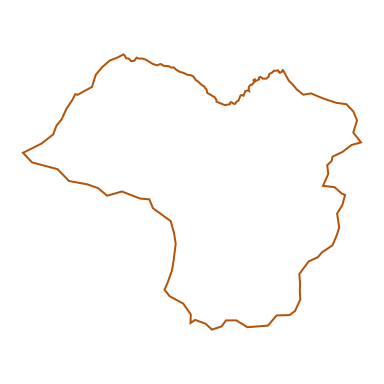 the district of Salamiou, Paphos, Cyprus
{"feature_id": "46923920B63120979546184", "entity_name": "Salamiou", "entity_type": "district", "adm_level": 2, "iso_a3": "CYP", "parent_name": "Cyprus", "parent_adm1": "Paphos", "projection": "albers", "projection_center": [32.682, 34.831], "detail": "fine", "context": "isolated", "style": "outline", "palette": "amber", "viewbox_px": 384, "rotation_deg": 0, "n_neighbors": 0, "source": "geoboundaries", "source_scale": "gbopen_adm2", "svg_char_len": 2018}
<svg xmlns="http://www.w3.org/2000/svg" viewBox="0 0 384 384"><path d="M123.5,54.4L117.3,57.6L109.6,60.6L101.9,67.4L95.7,74.9L92.0,86.9L77.6,94.8L75.3,94.2L72.0,100.5L66.6,108.5L61.5,119.5L56.4,125.8L53.2,134.4L41.6,143.5L33.0,147.8L23.0,152.8L32.0,162.4L57.6,169.2L69.0,181.0L87.5,184.4L98.0,188.1L107.1,195.7L122.0,191.5L140.2,198.6L149.3,199.3L153.0,208.3L170.7,221.1L174.1,233.4L175.7,243.9L173.6,260.6L172.0,270.3L167.6,282.7L164.5,289.7L165.6,291.1L169.7,296.3L183.2,303.6L190.8,314.4L190.5,323.0L195.2,319.9L205.7,323.8L211.9,329.6L221.6,326.4L226.0,320.4L236.4,320.4L247.4,327.2L268.0,325.6L276.6,315.4L289.5,315.1L295.1,310.9L300.3,299.4L299.8,290.5L300.1,283.7L299.3,274.0L308.7,261.4L317.8,257.2L322.0,252.3L332.4,245.4L336.6,235.7L339.2,227.6L337.1,213.5L342.3,205.1L345.1,195.0L341.7,193.5L334.6,187.2L323.0,185.8L328.3,173.9L327.2,165.2L331.7,160.9L332.5,156.7L342.5,151.9L351.5,145.0L361.0,142.4L353.3,132.6L357.0,120.4L353.3,111.4L346.4,104.2L336.7,102.9L326.7,99.7L319.8,97.1L311.1,93.4L303.4,94.7L296.9,89.6L292.4,84.1L288.9,80.9L285.0,73.7L283.0,70.1L282.6,70.1L281.9,71.7L279.9,72.8L278.6,71.8L278.8,71.3L277.9,70.3L275.1,70.9L273.9,70.7L272.3,72.3L272.3,72.5L269.2,74.0L268.6,76.7L266.1,78.7L263.0,78.7L260.4,76.9L258.8,77.7L259.1,79.4L255.5,81.1L254.8,79.3L253.5,80.2L254.3,81.9L251.9,84.8L250.8,84.7L249.1,86.5L248.7,87.6L248.8,89.7L249.1,91.0L248.4,90.5L247.5,90.4L245.1,91.3L245.1,91.7L243.5,95.7L241.7,95.0L240.6,95.4L238.4,100.7L237.1,101.3L236.3,102.0L235.5,103.3L234.8,104.0L233.3,103.5L232.0,102.5L230.6,102.2L229.7,104.3L228.5,104.4L225.0,105.2L216.5,101.7L216.5,100.2L214.8,97.3L207.4,93.0L206.4,89.1L205.0,87.9L204.1,86.3L202.9,85.7L201.0,84.4L198.1,81.5L195.7,80.0L193.5,76.6L191.1,75.3L187.1,74.7L183.6,72.9L180.0,71.9L176.2,69.7L173.6,67.4L171.5,67.6L168.3,66.1L163.8,65.8L160.6,64.0L157.0,65.3L152.7,63.9L148.3,61.2L145.6,59.6L142.3,58.5L139.1,58.7L136.5,57.7L134.4,60.7L131.2,61.2L129.0,58.7L126.0,58.2L124.9,55.7L123.5,54.4Z" fill="none" stroke="#b45309" stroke-width="2"/></svg>